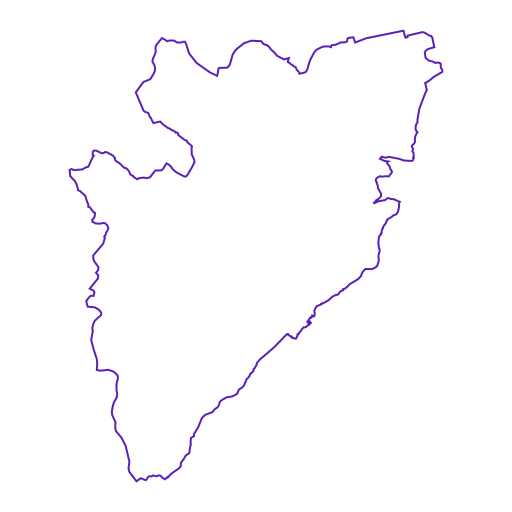 Paltinis, Caras-Severin, Romania
{"feature_id": "2599482B25505724064349", "entity_name": "Paltinis", "entity_type": "district", "adm_level": 2, "iso_a3": "ROU", "parent_name": "Romania", "parent_adm1": "Caras-Severin", "projection": "albers", "projection_center": [22.135, 45.385], "detail": "fine", "context": "isolated", "style": "outline", "palette": "violet", "viewbox_px": 512, "rotation_deg": 0, "n_neighbors": 0, "source": "geoboundaries", "source_scale": "gbopen_adm2", "svg_char_len": 5956}
<svg xmlns="http://www.w3.org/2000/svg" viewBox="0 0 512 512"><path d="M136.5,481.3L140.7,478.2L145.7,480.2L146.4,479.7L148.1,477.0L149.1,476.2L151.7,476.5L152.4,475.7L153.4,475.5L156.2,476.3L159.3,475.3L160.8,475.9L162.1,477.5L164.9,479.3L167.2,477.3L167.6,477.6L171.0,473.9L179.4,468.0L180.7,466.3L181.0,462.6L183.8,459.0L185.9,455.2L188.6,453.8L189.4,452.7L190.0,447.3L190.8,444.9L190.6,441.5L191.0,437.9L194.0,436.1L194.1,433.9L198.1,427.4L202.0,417.8L205.2,414.8L212.3,412.2L214.9,409.1L217.8,407.1L218.9,405.1L219.5,402.7L220.4,401.3L223.0,399.3L227.0,397.2L232.0,396.5L237.0,394.0L239.0,389.5L242.3,387.4L243.7,385.9L244.9,383.5L244.9,382.9L245.6,382.1L246.5,379.3L249.3,376.5L250.2,373.8L251.6,373.1L251.7,372.6L253.4,371.0L253.6,369.1L254.4,368.6L256.7,364.7L256.8,363.0L260.1,359.3L273.9,347.5L286.5,334.5L287.1,334.0L288.2,334.1L288.2,334.8L290.5,336.3L291.7,336.5L292.0,337.0L291.6,337.3L291.7,337.7L295.8,338.7L296.8,337.1L297.3,335.7L298.6,333.8L297.6,334.6L297.5,334.3L299.1,333.5L299.2,332.6L300.8,331.0L302.2,328.8L303.7,327.3L304.6,327.5L306.0,327.0L308.1,325.1L309.3,324.6L310.9,322.8L309.6,321.4L308.3,323.0L307.3,321.8L310.4,317.5L310.8,317.2L311.2,317.7L311.7,317.4L311.8,316.8L312.5,316.2L312.4,315.6L314.1,316.4L314.8,314.0L314.3,311.0L314.8,309.3L316.7,306.1L319.8,305.0L321.4,303.7L321.5,304.1L328.6,300.2L331.5,297.4L333.6,296.0L336.2,294.8L337.0,294.9L338.3,294.3L339.7,292.1L340.6,291.3L342.3,290.6L342.1,290.5L342.9,289.9L343.2,289.0L344.8,288.7L347.4,286.7L349.5,284.3L358.1,279.1L361.1,276.0L361.6,274.0L363.0,271.5L365.4,269.0L371.3,269.1L373.3,268.7L377.0,266.3L378.8,260.9L378.4,255.8L379.6,251.2L379.5,248.8L378.8,247.8L378.8,246.3L378.3,242.8L378.9,238.2L378.8,237.3L380.0,235.1L381.1,234.4L381.3,233.9L381.0,233.3L381.7,232.3L381.8,230.7L382.4,228.9L383.1,228.1L382.9,227.3L384.5,224.8L385.8,223.5L385.9,222.2L387.0,220.8L387.1,219.7L389.7,217.9L391.1,217.4L393.2,215.5L396.2,214.3L397.9,211.9L399.1,207.0L399.0,203.8L399.8,201.7L397.8,201.2L395.6,199.9L393.1,199.1L390.5,198.9L388.6,198.1L386.9,198.4L386.0,199.5L384.8,200.1L377.8,201.5L375.0,203.0L374.3,203.1L374.0,202.8L375.3,201.7L376.2,200.2L378.3,199.1L380.6,196.8L380.9,196.4L381.1,194.6L381.1,193.8L378.0,188.1L377.6,185.2L376.6,182.7L376.8,182.2L376.0,181.2L375.8,179.7L376.2,178.8L377.8,177.3L380.0,176.2L381.8,176.7L386.2,176.2L388.9,176.4L389.8,174.9L391.3,173.4L392.0,171.5L390.5,169.3L389.3,165.8L387.3,163.7L387.1,162.1L388.2,161.5L384.6,161.0L380.0,158.8L381.3,157.5L381.5,156.8L385.8,157.7L388.7,156.8L399.4,158.9L404.1,160.5L411.0,160.9L412.6,160.7L413.8,158.1L413.1,157.6L413.7,156.2L413.6,153.4L413.3,152.3L412.5,151.6L412.3,151.0L413.1,149.1L411.9,146.7L411.9,145.9L412.3,145.2L414.1,143.6L414.7,142.6L415.0,141.5L414.8,140.6L415.2,136.5L416.7,133.3L417.5,132.4L417.2,131.7L416.3,130.9L415.5,129.0L415.8,125.8L416.5,123.7L417.5,122.6L417.4,120.0L419.4,108.7L424.2,95.9L426.0,91.3L426.8,90.3L425.2,82.9L427.8,82.0L426.7,82.0L429.2,80.7L433.8,76.9L442.3,71.9L442.4,70.1L440.9,67.8L440.6,63.5L438.4,62.5L435.2,62.9L433.1,61.7L428.6,60.5L425.5,57.7L424.8,52.1L426.0,50.5L427.6,49.2L434.3,47.2L432.2,37.3L431.1,36.0L429.3,35.6L424.8,32.7L422.4,32.1L407.5,35.7L407.5,37.2L405.6,37.6L405.0,36.6L403.5,30.7L366.1,38.3L355.1,42.5L353.4,37.3L348.5,37.9L347.7,38.5L346.8,41.6L345.8,42.1L340.3,42.6L336.4,44.5L331.8,45.3L331.4,45.5L331.0,47.2L328.7,46.4L324.1,46.5L322.0,47.0L317.1,49.4L315.8,50.5L314.0,52.7L310.5,59.4L309.8,60.9L307.2,69.6L306.0,71.8L304.5,72.6L299.5,73.8L299.3,72.6L296.6,69.6L295.7,67.1L293.6,66.2L292.2,64.8L291.0,64.4L289.7,63.0L287.9,62.1L287.8,61.6L288.9,58.1L283.9,59.4L277.3,55.9L273.5,51.7L271.2,49.7L268.6,46.4L266.8,45.1L263.4,44.0L261.3,41.2L251.3,40.7L244.0,43.2L236.7,49.0L234.4,51.7L232.6,54.8L230.0,64.1L228.7,66.3L227.0,67.7L219.2,67.9L218.3,69.3L217.9,72.6L217.1,75.8L210.3,72.6L196.5,62.9L189.1,53.4L186.2,44.2L184.9,41.7L182.6,41.9L181.0,42.6L177.1,42.5L173.9,40.5L169.5,40.5L167.0,41.2L164.6,39.4L161.9,38.1L156.2,45.2L155.5,47.6L155.7,52.2L152.9,59.0L152.4,61.6L154.0,64.5L155.1,67.6L154.8,71.1L153.7,73.6L150.3,79.2L143.4,82.0L135.8,92.4L143.5,110.5L144.8,111.7L148.3,113.0L149.9,117.0L150.5,117.4L153.4,123.1L160.2,121.5L163.2,124.6L168.1,128.1L169.4,128.4L172.2,130.3L174.2,131.0L175.7,132.6L176.0,132.3L177.5,132.7L178.0,133.4L178.3,135.1L184.9,140.1L186.8,140.7L187.3,142.2L191.9,146.1L191.6,148.4L191.7,154.2L194.2,159.8L194.5,162.2L191.9,167.4L187.1,175.5L185.7,176.5L184.3,176.5L176.5,172.4L173.2,169.7L170.5,166.1L168.4,164.3L166.5,163.4L162.7,169.4L160.9,170.4L155.5,170.5L154.2,171.8L150.0,177.3L146.6,178.2L143.9,177.6L139.2,178.1L137.2,179.3L133.5,176.8L132.7,175.6L131.4,175.3L130.2,174.2L129.0,171.3L126.4,168.2L125.0,168.1L123.7,167.3L119.3,163.0L116.6,161.6L115.0,159.8L114.9,157.9L112.9,155.6L107.3,152.5L105.8,152.0L104.7,152.2L103.6,153.1L101.7,153.2L95.9,150.5L94.0,150.6L92.8,151.6L92.7,156.4L92.5,156.5L93.4,156.3L91.1,160.4L88.4,166.7L86.1,167.3L82.4,169.4L74.3,170.1L71.4,169.0L69.6,170.0L70.3,176.3L75.0,181.1L76.9,185.3L77.8,188.4L78.0,190.2L80.1,191.1L85.4,196.0L87.1,201.9L88.2,203.9L88.3,206.8L89.6,207.0L93.6,212.3L95.0,212.9L94.7,216.3L93.4,218.8L92.2,219.7L92.6,222.1L93.7,222.2L95.3,223.4L97.1,223.6L100.4,223.6L103.6,223.0L105.1,223.2L107.3,225.4L108.4,228.5L106.1,232.9L105.4,235.2L104.2,236.6L104.9,237.8L103.2,243.7L93.1,255.6L93.4,259.3L94.4,261.5L98.5,267.3L97.9,270.4L96.0,272.8L98.3,275.6L97.9,278.5L89.7,288.7L93.4,290.5L94.4,292.1L93.7,295.8L90.7,295.8L88.2,298.3L86.2,301.2L87.7,306.7L94.6,307.3L95.7,307.8L98.8,309.7L101.2,312.6L101.2,315.0L94.8,320.7L93.3,323.9L92.3,328.2L92.8,330.9L91.2,339.9L93.7,349.6L96.8,359.0L97.2,364.5L96.8,370.0L100.3,370.7L108.1,369.8L112.6,371.2L114.9,372.6L117.6,375.6L118.0,377.9L116.5,383.9L116.5,390.0L117.2,393.6L116.8,397.3L114.1,402.0L112.8,405.9L111.8,411.9L112.2,415.0L115.5,422.2L115.2,427.3L115.9,431.0L121.5,437.7L125.6,445.8L129.4,461.6L128.5,468.3L129.3,471.8L136.5,481.3Z" fill="none" stroke="#5b21b6" stroke-width="2"/></svg>